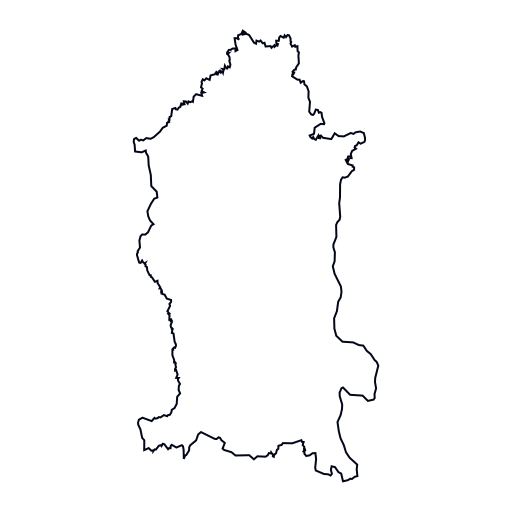 Chereponi, Northern, Ghana (Equal Earth projection)
{"feature_id": "2480657B14989848452061", "entity_name": "Chereponi", "entity_type": "district", "adm_level": 2, "iso_a3": "GHA", "parent_name": "Ghana", "parent_adm1": "Northern", "projection": "equal_earth", "projection_center": [0.223, 10.179], "detail": "fine", "context": "isolated", "style": "outline", "palette": "ink", "viewbox_px": 512, "rotation_deg": 0, "n_neighbors": 0, "source": "geoboundaries", "source_scale": "gbopen_adm2", "svg_char_len": 5996}
<svg xmlns="http://www.w3.org/2000/svg" viewBox="0 0 512 512"><path d="M144.2,450.1L148.7,448.1L151.4,450.7L153.3,450.3L153.3,451.2L154.6,449.4L155.9,449.6L158.9,445.7L160.7,445.2L161.5,446.1L162.7,443.8L164.3,444.2L168.1,449.2L169.1,448.1L170.5,448.2L170.7,446.0L171.7,444.8L176.4,447.5L181.8,445.2L183.0,446.3L183.6,449.6L183.8,458.9L185.2,455.4L186.3,455.0L189.1,450.4L189.2,447.4L190.1,445.4L196.1,440.4L198.2,434.4L201.0,432.1L214.8,438.9L216.6,439.0L218.6,437.3L220.2,438.0L221.3,440.1L224.8,442.9L222.6,448.6L224.2,450.0L231.5,452.2L235.5,455.5L249.2,455.2L253.9,459.3L257.4,456.3L265.6,456.7L267.8,455.2L268.8,453.1L271.0,453.4L271.2,452.4L272.6,454.5L273.5,454.4L272.9,456.3L273.8,456.8L274.3,454.7L276.0,453.3L276.9,449.9L278.3,448.8L278.4,445.8L281.6,444.9L282.9,443.1L292.2,443.3L301.4,440.2L302.0,441.9L303.6,442.0L302.7,445.0L304.3,446.9L304.0,448.6L304.7,448.7L305.4,451.1L304.3,450.0L303.4,451.5L304.4,452.0L304.4,453.7L306.3,456.0L309.7,455.3L312.6,453.2L315.4,453.1L316.1,459.1L315.2,467.8L315.8,470.5L324.0,474.0L328.2,474.3L330.6,475.5L331.9,473.8L330.9,469.9L331.6,466.3L335.0,467.1L338.4,472.1L341.2,473.6L343.0,481.3L347.8,480.2L350.3,478.7L351.9,479.0L354.7,476.8L357.4,476.1L356.7,469.5L357.2,464.6L349.6,457.7L346.0,452.3L343.8,445.1L340.5,438.2L338.8,431.2L337.5,422.1L340.6,415.1L342.0,409.1L342.2,404.6L339.7,396.1L339.6,392.6L341.5,388.2L343.0,387.5L350.1,394.8L362.6,395.6L367.9,400.9L373.6,399.6L374.7,398.0L374.5,394.1L376.1,388.4L375.0,382.1L375.2,378.0L378.3,365.6L376.6,361.8L374.7,360.2L370.8,354.2L366.8,350.9L363.3,345.6L359.0,345.1L353.1,342.4L342.5,341.7L336.3,335.8L334.4,328.7L334.1,318.3L336.9,311.2L338.2,301.7L340.7,297.4L341.5,291.8L340.9,286.5L334.6,273.8L332.8,266.3L334.6,261.4L334.9,252.3L333.4,247.5L333.4,244.5L336.4,236.9L336.1,225.0L337.3,222.2L339.6,219.7L340.2,216.7L339.2,203.1L340.0,197.3L340.1,184.3L341.0,179.8L342.6,177.3L344.6,177.7L347.8,176.6L351.8,171.2L354.1,169.8L354.1,167.3L352.6,166.7L352.6,165.4L347.8,164.0L345.7,159.9L347.4,159.0L348.1,161.3L349.0,159.0L347.8,157.8L348.1,156.5L350.2,156.4L350.9,158.1L351.6,158.1L350.8,154.1L352.1,150.9L356.0,148.7L354.6,147.5L355.1,146.0L356.7,145.3L358.5,142.3L360.6,143.7L364.4,141.9L365.1,140.1L364.9,137.3L363.8,133.1L360.2,131.5L355.6,132.3L353.5,133.9L350.8,133.0L343.8,136.4L338.6,136.1L334.7,133.3L331.3,139.1L323.0,137.8L320.8,135.5L320.1,135.7L320.1,138.2L318.9,138.1L318.3,135.6L315.8,139.8L314.2,139.0L313.2,137.0L312.2,138.5L310.4,137.0L309.7,135.5L314.0,133.8L314.7,127.7L320.8,123.8L324.0,124.2L324.4,123.2L322.1,117.1L321.5,112.8L320.2,112.1L318.9,112.7L317.9,110.0L315.8,109.6L314.1,113.8L312.9,115.0L311.2,114.4L309.2,111.6L310.0,101.8L308.4,97.8L308.6,91.3L306.9,86.4L304.5,84.4L304.0,81.2L303.0,81.0L300.7,82.7L299.6,79.7L297.5,79.7L292.1,76.3L292.3,74.6L293.3,74.5L294.1,72.7L292.8,72.7L292.6,71.6L294.5,69.6L295.8,69.5L296.1,67.5L298.9,63.3L298.4,55.7L298.9,52.4L297.6,51.1L297.4,46.2L295.3,46.8L294.8,45.2L292.1,46.6L290.5,43.5L291.2,41.9L290.5,40.9L290.6,38.6L289.0,35.3L287.6,35.0L286.0,37.1L284.6,35.4L283.7,37.7L280.5,36.0L279.2,37.6L278.8,40.8L276.2,40.7L276.4,43.6L277.9,44.0L277.4,45.7L276.3,45.2L274.7,46.7L274.3,45.3L271.5,47.8L270.6,46.1L265.6,46.5L264.5,42.8L262.7,43.3L260.6,40.5L259.2,41.6L256.5,40.6L256.0,43.7L254.0,42.7L249.1,35.0L246.2,33.8L243.1,34.5L243.5,33.1L245.1,32.3L242.8,30.7L241.3,34.0L238.1,35.3L238.0,38.0L239.1,39.6L236.7,38.2L234.6,38.2L235.6,44.8L237.5,50.0L235.5,51.1L235.4,48.4L232.4,48.6L230.9,49.8L228.9,49.9L227.1,52.5L227.1,53.6L228.6,53.2L227.7,54.1L229.4,56.8L229.8,60.0L229.3,60.8L230.4,64.7L229.7,67.3L228.0,66.4L227.1,69.3L226.8,67.5L225.8,67.5L224.9,65.8L224.3,69.2L222.5,69.0L223.5,70.1L223.0,72.7L222.6,71.7L221.2,72.5L221.2,71.4L220.1,70.5L219.3,71.0L219.7,72.2L218.2,72.5L217.8,74.5L217.0,74.4L217.3,72.5L216.4,71.9L214.8,74.3L210.6,75.4L209.6,79.9L206.3,78.3L204.4,80.4L202.8,79.3L201.5,82.0L202.0,83.4L201.0,87.3L202.6,88.7L201.6,91.1L204.1,92.4L201.3,93.0L202.1,95.8L196.2,94.2L193.7,96.6L192.9,101.8L192.1,101.3L190.2,102.2L188.5,101.4L187.7,103.6L186.0,101.5L183.8,101.3L184.5,104.0L181.3,103.4L181.0,104.7L181.8,104.9L180.7,105.2L180.4,106.9L178.8,107.6L177.5,109.6L175.9,109.3L175.4,108.0L172.2,109.0L171.2,116.2L169.6,117.0L169.5,119.1L168.9,119.2L169.4,120.6L168.5,121.3L169.0,122.1L167.1,122.8L166.7,125.7L162.7,127.8L159.9,131.7L153.7,137.2L150.6,138.8L146.3,138.1L143.2,140.4L140.9,139.7L139.1,140.7L136.1,137.9L134.0,139.1L133.7,142.0L134.6,144.6L135.1,151.5L141.7,152.3L145.7,150.5L146.0,152.7L148.2,156.6L148.7,165.5L150.8,175.0L151.3,186.1L156.7,191.7L157.4,197.5L154.2,198.7L150.8,204.0L147.4,211.3L148.3,216.5L150.1,220.5L153.5,224.2L151.2,225.6L148.0,232.3L145.4,234.5L142.1,234.5L140.5,236.3L139.4,240.5L140.0,247.5L137.6,251.3L137.9,252.4L137.0,253.8L137.0,255.2L139.2,262.6L140.6,262.9L142.1,260.5L143.0,262.2L144.7,263.4L145.3,263.0L144.8,264.0L145.6,264.8L145.5,266.3L146.9,267.0L147.3,270.5L149.5,275.1L150.8,275.3L150.8,276.8L152.0,277.4L154.9,281.8L157.5,280.8L157.6,283.1L160.2,287.2L159.6,288.4L160.6,288.4L161.5,289.9L161.1,291.7L161.3,292.6L162.0,291.9L162.3,294.0L164.6,294.6L166.8,298.6L171.1,300.0L171.1,301.9L169.4,304.0L170.1,305.8L167.4,311.3L169.4,313.5L168.3,313.9L169.5,315.2L169.3,319.6L171.0,319.2L171.8,320.7L170.6,321.0L171.8,322.3L170.6,325.0L171.0,327.2L172.6,328.8L171.8,329.2L172.3,330.5L171.8,332.9L173.5,333.5L174.6,341.6L175.8,344.1L176.0,345.6L175.1,347.8L174.2,347.4L173.1,348.5L173.2,349.6L172.4,349.6L172.4,355.2L174.2,360.1L174.1,362.3L174.9,362.1L175.8,363.2L175.3,363.9L176.0,367.5L175.1,368.8L175.1,370.5L176.1,370.1L177.6,374.6L176.2,377.9L178.7,378.0L177.9,379.1L178.1,380.7L180.0,384.0L178.9,385.7L178.6,389.9L180.1,393.4L177.2,396.8L176.7,403.9L174.5,408.1L171.8,409.8L171.3,412.4L169.9,414.8L168.0,415.1L167.2,416.2L163.9,415.1L160.5,417.4L158.8,417.1L157.5,418.2L155.3,418.6L154.4,417.9L151.7,421.1L142.5,417.7L138.9,419.7L138.0,422.8L138.3,424.9L140.4,429.3L142.2,437.9L144.3,440.3L144.2,450.1Z" fill="none" stroke="#020617" stroke-width="2"/></svg>